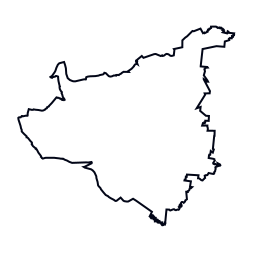 Tacotalpa, Tabasco, Mexico (Natural Earth projection), rotated 88°
{"feature_id": "50627088B19731547839915", "entity_name": "Tacotalpa", "entity_type": "district", "adm_level": 2, "iso_a3": "MEX", "parent_name": "Mexico", "parent_adm1": "Tabasco", "projection": "natural_earth1", "projection_center": [-92.714, 17.516], "detail": "fine", "context": "isolated", "style": "outline", "palette": "ink", "viewbox_px": 256, "rotation_deg": 88, "n_neighbors": 0, "source": "geoboundaries", "source_scale": "gbopen_adm2", "svg_char_len": 5685}
<svg xmlns="http://www.w3.org/2000/svg" viewBox="0 0 256 256"><g transform="rotate(88 128 128)"><path d="M124.6,234.9L126.1,234.3L127.8,234.3L130.2,232.2L132.7,229.7L133.7,229.7L133.7,229.3L134.6,228.2L137.5,226.1L139.1,224.6L139.6,224.5L140.2,224.7L140.8,224.4L141.1,224.7L141.4,224.5L142.8,223.6L144.6,221.6L145.2,220.6L145.7,220.9L146.7,219.7L149.5,218.4L152.6,216.2L153.2,215.9L153.7,216.0L153.8,215.7L155.0,215.1L155.0,214.9L155.6,214.2L155.0,211.9L154.9,210.9L155.2,202.9L156.0,197.6L156.4,195.9L156.3,195.2L156.6,194.7L156.4,194.2L156.6,193.5L157.3,192.8L158.4,190.1L159.8,187.8L160.9,185.1L160.9,170.8L161.1,169.1L160.7,165.7L161.4,165.4L162.0,165.6L165.3,172.8L165.4,173.5L166.1,172.5L168.0,166.3L169.1,164.8L171.1,163.1L175.1,161.4L177.0,161.3L180.8,160.3L184.2,159.9L185.1,159.4L187.0,157.7L188.4,157.1L191.2,155.0L194.2,152.6L195.5,150.2L196.2,149.7L197.5,147.8L199.3,144.6L200.1,143.7L200.5,142.8L200.3,141.9L197.3,137.8L200.5,135.1L201.0,134.2L201.4,132.2L201.5,130.8L201.4,130.2L198.9,125.4L200.8,122.6L212.6,107.0L217.1,109.4L217.4,108.9L218.3,108.5L219.1,107.9L219.1,107.6L218.1,107.5L216.8,107.9L216.1,107.5L215.9,106.8L216.0,106.5L216.6,106.7L217.3,106.6L217.3,106.3L216.7,105.7L217.7,104.9L218.6,105.7L219.1,104.9L219.4,104.8L219.7,105.6L220.1,105.6L220.2,105.0L218.8,103.6L218.8,103.4L219.7,103.3L220.8,104.1L221.0,103.4L221.3,104.2L221.8,104.1L222.1,104.4L222.3,104.4L222.2,103.1L221.1,102.3L220.7,101.6L221.7,100.9L222.8,100.9L222.9,102.1L223.4,101.8L223.7,101.0L223.6,100.1L222.2,100.1L222.1,99.7L223.9,99.0L223.5,97.9L223.5,97.3L224.9,97.3L225.1,97.5L225.1,97.9L225.3,98.0L226.3,97.3L226.4,96.7L226.1,95.7L225.7,95.4L225.0,95.5L224.6,95.1L225.3,94.8L225.6,94.4L224.3,93.9L223.4,94.5L223.1,94.0L210.8,92.4L211.0,89.6L211.8,88.9L211.9,88.5L210.8,85.5L210.9,84.5L211.6,83.8L211.8,82.9L211.2,81.3L211.5,80.3L211.1,79.8L209.5,79.0L209.2,79.0L208.9,79.8L208.7,79.9L208.2,78.9L208.4,77.5L207.8,77.1L207.0,77.1L206.4,77.4L206.4,77.8L207.3,78.9L207.2,79.2L206.8,79.1L205.8,78.1L204.4,77.4L203.9,76.9L203.8,76.4L204.1,75.5L204.7,74.9L203.4,73.5L202.4,73.3L201.3,71.6L194.1,72.0L194.3,71.5L194.1,70.6L193.4,70.9L192.7,69.4L192.1,68.9L191.1,68.7L190.5,68.1L190.5,67.4L189.3,66.0L188.9,68.1L183.5,67.0L182.4,73.4L181.7,73.2L181.9,72.3L178.7,71.9L178.9,71.1L176.6,70.7L177.7,59.2L180.5,59.7L180.4,59.2L180.9,58.8L181.4,57.9L182.5,56.8L182.9,56.0L183.0,55.3L182.0,54.4L181.6,53.8L180.8,53.2L180.6,52.7L178.3,53.0L177.8,51.7L178.0,51.1L177.8,50.3L175.8,49.0L176.7,45.4L176.9,44.0L176.7,43.7L176.2,43.7L176.1,43.4L175.0,43.3L174.6,42.7L174.1,42.4L173.6,42.4L171.9,41.8L170.7,42.1L170.1,41.9L169.0,38.7L168.9,37.4L168.5,37.0L167.7,37.3L166.4,39.5L167.0,39.3L167.7,39.4L168.1,40.0L168.1,40.5L167.1,41.6L167.2,41.9L167.0,42.2L167.3,42.5L166.8,43.8L166.6,44.0L165.9,44.1L163.6,42.4L162.9,42.8L162.2,42.8L161.8,43.7L160.8,48.4L158.1,48.0L157.5,47.7L157.6,46.8L153.9,46.1L155.5,44.1L152.4,43.0L151.9,43.9L140.9,42.4L138.8,42.1L138.8,41.8L133.8,41.5L133.5,48.6L131.8,48.2L130.0,48.4L129.5,48.7L128.3,48.6L128.2,53.8L125.7,52.9L125.9,51.4L125.0,51.4L125.1,50.7L123.4,50.5L123.7,47.1L118.8,46.7L118.5,49.7L113.4,55.3L109.5,54.7L110.7,58.7L97.5,49.8L96.1,50.2L96.2,45.2L94.0,44.8L82.0,50.6L81.8,50.6L82.4,49.9L84.2,48.6L84.4,47.9L84.5,46.4L83.2,47.0L78.0,50.4L74.0,49.1L71.9,49.6L71.3,48.8L70.5,48.2L70.4,46.2L69.8,46.6L69.0,53.2L68.8,53.2L51.7,50.7L49.3,36.7L50.2,28.9L44.9,28.2L43.7,23.7L42.9,23.7L42.3,24.0L41.5,22.9L42.0,21.8L42.0,21.2L41.2,20.9L39.9,20.9L40.3,19.8L38.9,19.6L38.9,18.8L38.3,18.7L38.1,19.1L37.1,18.7L36.4,23.9L36.4,24.7L35.2,24.3L34.8,25.0L36.9,25.7L35.7,29.9L34.5,28.5L33.6,29.2L33.9,29.5L33.6,30.0L32.9,29.1L32.2,29.8L32.6,30.3L31.8,31.1L31.6,30.8L30.9,31.6L31.6,32.4L30.8,33.2L31.2,33.7L30.7,34.7L31.0,35.0L30.6,35.5L30.4,35.3L29.7,36.6L29.6,41.5L31.0,41.5L31.5,43.1L32.0,43.0L32.4,44.5L33.2,44.2L33.5,44.9L34.1,45.5L34.6,45.2L35.9,48.0L35.3,48.3L35.9,49.7L31.2,52.1L33.6,58.9L33.3,60.2L38.4,65.7L39.7,67.7L42.3,70.6L49.2,70.9L50.7,79.4L51.6,78.9L57.0,79.7L57.5,81.7L57.3,83.1L55.8,84.9L55.3,86.6L55.5,87.5L57.0,89.7L57.2,91.1L56.6,91.4L57.2,92.8L55.0,97.7L55.1,99.3L58.4,110.1L56.5,111.7L59.6,115.8L60.0,116.3L60.4,116.4L60.4,116.8L60.7,117.1L60.9,117.6L61.4,117.6L61.6,116.9L62.0,116.5L62.4,116.6L62.2,116.8L62.4,117.5L63.2,117.2L63.9,116.5L64.5,116.3L64.1,116.8L64.8,118.8L66.2,119.9L66.5,119.9L68.0,121.4L68.9,122.3L71.2,125.9L72.0,125.3L71.7,130.5L72.8,132.4L73.3,132.8L74.3,134.9L74.8,135.3L74.6,136.6L74.6,137.9L75.2,138.0L75.0,140.3L75.8,142.3L76.0,144.0L75.5,145.4L72.4,148.3L72.0,149.7L73.1,150.4L73.6,151.2L74.1,154.3L74.6,155.6L75.0,158.9L75.0,163.8L75.2,166.2L75.6,167.6L75.8,168.0L77.7,168.3L78.0,168.5L77.8,169.9L78.0,171.3L79.5,178.9L79.5,180.4L79.2,181.8L78.0,184.4L76.1,186.5L71.8,187.8L66.1,188.0L62.8,188.7L59.8,189.6L60.9,194.4L62.3,195.9L63.3,196.4L65.2,197.4L68.2,198.5L69.6,199.3L73.3,202.1L74.3,203.8L74.6,203.6L75.2,202.2L74.4,201.7L74.5,200.8L74.2,200.1L74.2,199.3L73.5,198.3L73.6,197.5L74.2,196.1L77.0,196.0L78.8,195.8L83.0,195.0L84.1,194.6L84.5,195.0L86.6,194.8L88.5,193.9L89.9,192.8L90.8,193.2L92.2,192.6L94.8,192.0L96.7,190.7L97.0,190.8L97.6,190.4L97.9,191.0L97.6,191.3L97.7,192.3L97.0,192.6L97.4,193.2L97.0,193.7L96.7,193.4L96.3,194.2L96.0,195.0L96.1,195.4L95.4,196.2L95.4,197.4L95.1,197.7L94.9,198.4L100.4,203.3L103.4,206.4L103.7,206.4L104.2,207.4L104.4,208.1L105.3,208.3L105.6,208.6L105.9,209.7L106.7,210.2L107.5,212.0L107.7,213.4L106.9,216.8L106.5,219.9L106.1,221.7L106.5,222.2L106.5,223.5L105.7,226.5L109.5,227.7L112.1,227.9L112.3,228.4L112.1,229.5L112.7,232.9L112.3,233.3L112.3,233.7L113.6,234.9L113.5,236.4L113.8,237.0L114.1,237.3L115.9,237.1L122.2,235.3L124.6,234.9Z" fill="none" stroke="#020617" stroke-width="2"/></g></svg>